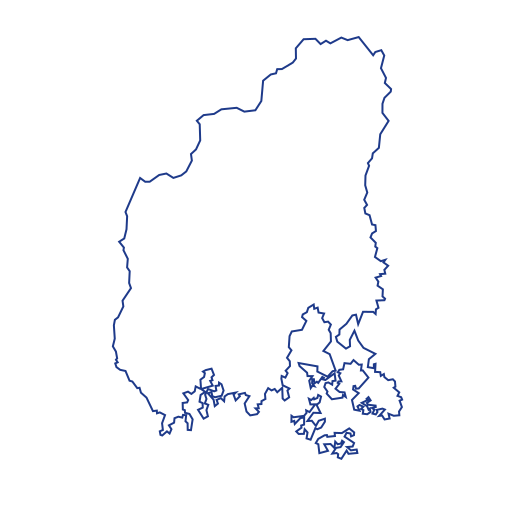 the district of Müna, Ngöbe Buglé, Panama, rotated 354°
{"feature_id": "35544464B46003057824195", "entity_name": "Müna", "entity_type": "district", "adm_level": 2, "iso_a3": "PAN", "parent_name": "Panama", "parent_adm1": "Ngöbe Buglé", "projection": "orthographic", "projection_center": [-81.616, 8.422], "detail": "fine", "context": "isolated", "style": "outline", "palette": "blue", "viewbox_px": 512, "rotation_deg": 354, "n_neighbors": 0, "source": "geoboundaries", "source_scale": "gbopen_adm2", "svg_char_len": 6145}
<svg xmlns="http://www.w3.org/2000/svg" viewBox="0 0 512 512"><g transform="rotate(354 256 256)"><path d="M128.3,274.9L118.6,286.5L118.8,292.3L112.4,302.6L109.0,304.7L107.4,310.1L106.9,323.4L104.2,330.9L106.7,336.4L107.2,343.3L105.9,344.5L107.3,347.3L104.8,348.1L105.6,351.9L109.0,355.0L114.2,356.7L117.2,366.8L119.9,367.9L124.1,375.0L126.4,374.9L127.3,379.9L132.3,385.4L137.3,399.5L141.2,399.4L141.1,402.1L144.0,401.5L148.9,404.7L145.1,412.5L145.2,419.3L142.0,420.3L142.3,423.9L144.0,424.7L149.1,421.1L151.5,423.5L153.8,419.4L151.7,415.3L157.1,413.2L158.0,408.8L162.0,407.7L165.8,409.0L166.8,406.4L169.9,407.1L168.6,413.0L170.5,415.2L169.9,421.8L173.1,422.4L175.9,411.8L173.3,406.1L169.0,404.5L169.1,401.9L167.2,401.0L167.7,394.5L172.2,394.4L173.5,392.2L169.4,385.0L174.2,383.8L177.3,386.4L180.9,384.2L182.4,379.4L186.2,381.9L187.5,381.0L187.8,373.2L191.7,370.9L192.9,367.2L191.2,365.4L194.2,364.2L200.0,363.4L201.8,369.9L199.1,372.0L199.7,375.0L197.4,375.4L199.4,380.4L187.5,382.6L191.3,385.8L186.4,388.4L184.6,395.0L187.5,396.7L187.2,401.2L182.3,402.9L186.9,412.3L191.4,410.4L190.6,404.1L193.0,399.0L189.7,397.3L191.8,393.0L190.9,388.7L194.4,383.3L200.3,386.2L202.5,385.6L202.2,381.0L205.6,380.9L206.0,378.1L208.3,380.0L209.7,386.4L207.2,391.4L200.5,392.2L197.9,390.8L197.5,386.7L193.8,387.5L198.8,394.5L199.3,401.0L202.7,398.8L201.8,395.0L206.2,393.7L209.1,397.1L210.1,392.4L213.6,390.4L221.6,389.7L219.2,391.5L220.7,397.5L225.3,393.8L224.4,391.8L230.7,391.0L231.3,393.2L234.8,394.7L229.3,401.5L230.3,409.7L233.6,413.9L240.5,413.4L242.6,411.3L239.6,407.5L242.8,407.7L242.2,403.7L245.9,403.8L246.3,400.9L250.4,399.2L250.5,394.1L254.3,388.7L257.4,391.3L260.7,390.2L262.9,393.7L268.3,389.8L267.6,400.5L269.4,402.7L274.2,400.0L273.2,393.1L275.4,391.3L269.0,387.3L268.4,380.7L269.0,378.0L272.5,380.0L275.2,375.8L273.5,373.2L278.3,369.0L278.6,364.2L276.2,360.5L281.4,353.5L279.1,350.1L281.0,339.2L283.7,334.8L294.0,334.2L299.3,325.8L295.4,321.6L296.4,319.0L300.7,317.2L302.6,313.0L308.3,310.3L308.4,314.6L311.9,313.8L312.3,318.8L317.7,320.3L315.3,324.7L317.1,329.0L320.8,328.8L323.3,332.0L320.6,337.0L322.2,340.5L321.6,348.8L313.1,357.5L319.0,361.3L323.2,378.3L320.1,378.6L314.6,383.5L304.9,377.3L305.6,372.2L287.2,366.9L287.8,370.0L294.6,377.4L294.7,380.8L299.6,381.4L295.9,385.6L296.6,393.1L298.5,390.9L300.4,391.6L298.5,388.4L299.1,384.4L300.7,384.6L300.8,388.8L303.4,387.4L304.6,388.7L309.3,383.2L310.8,384.2L309.6,385.7L312.0,386.6L321.9,380.9L322.1,388.3L319.0,388.4L318.3,391.9L314.7,389.3L311.9,389.7L310.2,393.4L312.9,398.3L311.9,400.2L316.5,406.4L327.2,405.9L328.0,403.3L330.5,405.5L329.8,400.9L324.9,400.0L321.2,396.3L325.5,391.8L324.0,390.7L324.9,389.4L327.8,389.6L325.8,383.5L327.6,381.4L325.2,380.2L327.0,377.9L330.8,377.8L332.8,371.8L338.8,373.1L342.1,369.7L346.9,374.9L349.8,375.0L348.4,380.8L350.2,380.9L355.1,388.7L344.3,398.5L341.6,398.4L341.1,395.5L339.4,395.6L338.6,398.9L343.8,403.1L336.4,409.2L337.6,419.1L342.8,420.7L341.2,416.2L343.4,415.0L347.0,417.1L344.5,419.1L346.7,420.5L345.7,424.0L350.1,425.0L353.6,423.1L353.2,419.7L351.9,420.6L350.8,417.0L345.8,413.1L352.3,410.8L351.1,409.6L353.1,408.1L354.9,411.6L350.9,413.7L351.8,415.6L359.3,417.3L359.3,418.7L355.5,419.3L357.6,421.2L355.4,424.9L358.6,426.1L360.5,423.8L359.9,421.7L365.8,421.0L368.1,422.2L361.8,427.9L364.7,427.8L366.8,432.0L371.9,431.6L371.3,426.7L376.3,429.3L381.9,429.4L382.0,425.6L385.3,421.5L383.7,414.9L386.3,414.1L385.6,411.6L382.1,409.9L384.2,406.6L379.2,401.4L381.0,400.5L381.1,395.3L379.2,392.9L374.5,393.3L371.0,389.8L370.8,386.8L367.6,388.3L367.4,384.5L362.3,383.7L363.6,375.7L361.9,376.0L361.5,379.9L355.6,378.2L357.5,370.4L364.5,365.8L353.3,358.6L348.8,350.7L346.1,340.6L340.5,349.2L340.1,355.6L335.8,357.5L327.9,349.7L327.0,344.8L330.7,342.8L331.4,337.9L338.8,332.9L345.6,325.2L349.3,324.8L350.5,334.5L356.6,322.7L366.7,323.8L368.9,326.2L369.7,321.6L372.4,320.3L371.1,312.9L379.1,313.4L379.9,312.0L377.6,309.4L378.7,302.4L373.8,298.2L375.0,294.3L372.7,290.0L378.3,289.0L377.5,287.0L382.7,287.1L382.2,283.2L386.4,279.5L382.1,275.7L384.2,273.3L379.6,274.2L374.2,269.4L377.5,260.9L375.6,259.1L376.5,255.4L371.8,249.5L373.8,245.7L377.9,243.7L378.0,237.8L374.7,236.8L373.2,227.3L369.2,225.1L368.7,219.5L371.8,216.8L369.5,211.4L373.3,204.5L372.0,197.1L373.3,187.4L377.9,178.1L377.0,175.3L381.6,171.0L382.9,166.1L389.5,161.3L392.3,147.9L402.0,135.5L396.7,126.9L397.7,117.8L400.3,112.1L407.2,106.6L407.8,104.1L402.2,97.4L403.9,92.5L399.9,82.3L404.5,70.0L402.1,64.4L396.0,65.6L393.5,68.6L381.0,49.0L369.7,50.9L363.7,47.7L352.2,52.3L348.1,49.2L342.4,52.0L337.8,46.2L326.0,45.4L317.3,53.6L316.4,63.8L312.8,67.5L301.3,72.8L296.6,72.4L295.0,76.4L289.7,77.0L281.4,82.4L277.5,102.4L270.6,111.0L259.5,111.2L252.3,106.6L236.9,106.5L229.2,110.3L218.6,110.4L211.3,115.3L213.8,119.1L212.6,135.2L207.5,143.7L202.0,147.8L202.2,154.4L195.5,164.6L190.1,168.0L182.0,169.7L175.5,164.6L168.2,165.3L158.1,171.0L153.6,170.6L148.9,166.3L130.8,198.6L132.0,203.0L130.0,215.9L126.8,224.8L121.4,227.5L125.5,233.8L124.8,236.4L128.2,245.4L126.6,253.9L128.8,257.9L127.0,269.6L128.3,274.9ZM298.4,458.7L307.2,457.3L304.2,450.4L310.5,450.8L313.9,455.1L315.4,448.9L317.5,451.7L320.9,451.4L322.3,448.7L324.0,450.3L320.1,454.9L315.6,455.2L311.2,460.5L315.6,460.4L317.0,461.7L316.3,464.8L319.7,466.6L325.8,459.0L327.3,462.4L336.2,462.5L335.9,459.0L330.1,459.2L326.6,455.5L332.2,455.6L334.0,452.2L325.2,444.9L327.6,441.3L331.4,442.4L331.7,445.3L334.7,444.4L335.2,441.7L330.7,437.2L322.9,441.1L315.7,440.1L315.7,443.3L308.0,443.3L307.8,441.5L305.4,441.5L298.8,444.4L295.9,448.3L298.3,449.7L298.4,458.7ZM274.6,418.6L273.9,424.6L276.8,424.0L277.0,427.1L283.3,421.8L287.0,421.7L286.2,428.7L283.2,429.3L283.3,431.5L277.7,434.7L279.8,437.4L285.0,437.9L286.3,433.4L288.8,436.9L287.2,442.7L291.1,444.4L297.0,433.5L298.9,434.7L302.9,433.4L307.2,428.0L307.5,425.0L301.2,426.4L297.8,431.2L294.3,425.7L289.9,425.5L296.7,417.9L303.8,418.9L300.7,410.4L304.0,408.2L306.0,402.6L303.3,400.7L302.2,403.6L298.9,404.6L298.6,403.1L295.9,405.0L293.7,403.5L294.6,409.3L299.4,409.7L292.9,416.8L289.8,414.8L289.8,417.4L287.1,420.0L276.5,420.3L274.6,418.6Z" fill="none" stroke="#1e3a8a" stroke-width="2"/></g></svg>